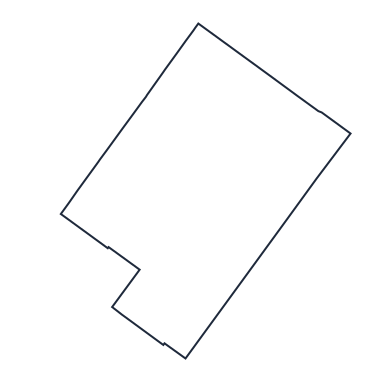 the district of Sweetwater, Wyoming, United States of America, rotated 126°
{"feature_id": "52423323B6016539214973", "entity_name": "Sweetwater", "entity_type": "district", "adm_level": 2, "iso_a3": "USA", "parent_name": "United States of America", "parent_adm1": "Wyoming", "projection": "mercator", "projection_center": [-109.016, 41.634], "detail": "fine", "context": "isolated", "style": "outline", "palette": "slate", "viewbox_px": 384, "rotation_deg": 126, "n_neighbors": 0, "source": "geoboundaries", "source_scale": "gbopen_adm2", "svg_char_len": 628}
<svg xmlns="http://www.w3.org/2000/svg" viewBox="0 0 384 384"><g transform="rotate(126 192 192)"><path d="M52.0,285.9L56.7,285.9L57.3,285.9L60.1,285.8L73.3,285.9L88.8,285.8L93.1,285.8L107.7,285.8L108.7,285.8L112.4,285.7L140.0,285.4L142.1,285.2L148.5,285.4L162.1,285.4L180.4,285.5L208.3,285.5L219.8,285.6L222.7,285.5L250.3,285.5L257.9,285.5L272.8,285.2L286.9,285.2L287.0,227.1L285.6,227.1L285.6,189.5L285.6,188.7L332.0,189.0L332.4,176.7L332.6,125.3L330.6,125.3L330.5,99.4L229.3,99.2L162.8,99.1L107.8,99.1L51.5,98.1L51.4,133.9L52.3,137.3L52.3,162.7L52.1,200.7L52.0,285.9Z" fill="none" stroke="#1e293b" stroke-width="2"/></g></svg>